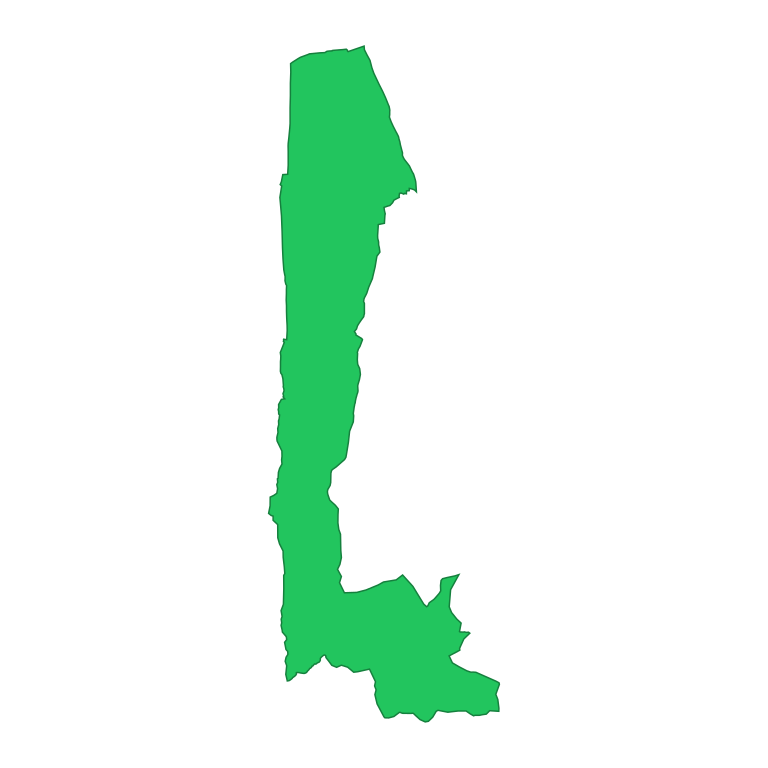 outline of Sambata De Sus, Brasov, Romania
{"feature_id": "2599482B2272627924315", "entity_name": "Sambata De Sus", "entity_type": "district", "adm_level": 2, "iso_a3": "ROU", "parent_name": "Romania", "parent_adm1": "Brasov", "projection": "albers", "projection_center": [24.821, 45.691], "detail": "fine", "context": "isolated", "style": "filled", "palette": "green", "viewbox_px": 768, "rotation_deg": 0, "n_neighbors": 0, "source": "geoboundaries", "source_scale": "gbopen_adm2", "svg_char_len": 6018}
<svg xmlns="http://www.w3.org/2000/svg" viewBox="0 0 768 768"><path d="M498.8,711.3L498.9,708.2L497.8,699.5L495.8,694.3L499.4,684.3L499.0,682.8L495.8,681.1L475.9,672.3L473.1,672.1L470.9,672.2L466.8,670.8L459.1,666.8L452.4,662.9L449.1,655.9L459.8,650.2L459.6,648.3L463.8,639.0L469.8,633.2L468.5,632.2L466.3,632.4L464.4,631.9L463.3,632.1L460.3,632.0L459.5,631.6L461.1,623.1L456.9,619.2L451.6,612.6L449.2,606.8L450.6,589.7L458.9,574.6L454.9,575.9L446.9,577.6L442.6,578.7L441.1,580.4L440.5,585.4L440.7,590.9L439.2,593.4L435.3,597.9L433.8,599.5L429.3,602.7L427.8,605.9L426.7,606.7L423.8,604.2L418.2,595.1L412.9,586.4L402.6,575.0L396.2,579.9L383.5,582.0L378.1,585.0L366.0,590.0L356.8,592.4L344.4,592.8L339.5,582.7L341.4,576.5L337.5,569.3L339.9,564.4L341.4,557.5L340.8,550.5L340.5,534.2L338.8,529.5L337.9,522.9L338.0,514.6L338.3,509.0L335.4,505.3L331.4,501.7L329.7,500.0L327.7,494.1L327.4,491.6L327.8,489.5L330.1,485.5L330.7,482.6L330.9,473.2L331.6,470.4L332.9,469.2L336.2,466.9L344.6,459.5L345.9,457.3L346.4,454.6L348.4,442.3L349.6,431.2L353.3,421.9L353.7,415.8L353.3,413.4L354.2,406.9L354.5,405.7L354.6,404.6L355.2,402.8L355.4,401.1L355.6,400.0L356.1,397.7L356.6,396.1L357.1,394.1L357.4,393.4L357.7,392.5L358.0,390.9L357.9,389.4L357.8,387.6L357.7,385.9L358.0,384.4L359.4,379.7L360.4,374.4L359.7,368.7L357.7,364.3L357.3,359.7L357.6,353.5L357.3,352.4L358.0,350.3L358.4,349.0L360.0,346.3L362.5,339.7L361.8,338.6L355.9,335.0L356.0,334.0L354.4,331.5L356.5,329.0L357.5,325.8L359.0,323.3L360.9,320.5L362.0,319.0L363.7,316.7L364.1,314.5L364.4,313.8L364.4,303.4L363.6,301.5L364.0,298.9L364.8,297.0L365.5,295.8L366.8,293.1L368.7,287.2L372.4,278.6L372.8,276.6L375.1,266.9L376.6,257.9L376.9,256.2L379.9,252.1L379.3,247.6L378.7,245.2L378.6,243.5L378.6,242.1L378.3,240.6L378.0,239.6L377.7,238.3L377.6,235.5L378.2,226.4L378.2,224.7L378.5,224.5L384.4,223.3L384.9,215.5L385.2,213.8L384.5,210.9L384.0,207.4L387.7,206.1L389.9,205.5L392.6,202.7L393.9,200.2L396.8,198.6L399.3,197.4L399.2,196.8L399.1,196.0L399.5,193.4L401.0,193.0L403.8,194.1L404.3,193.4L406.4,193.8L406.5,190.9L409.2,190.7L409.3,188.4L411.2,188.8L412.7,189.2L413.6,189.6L414.5,189.9L416.4,191.8L415.9,183.8L415.7,181.7L415.3,179.9L414.0,175.5L413.5,174.0L412.3,172.0L410.6,168.5L409.5,166.1L408.1,164.2L406.6,162.3L404.6,159.7L404.0,158.8L403.1,157.0L402.4,155.3L402.5,152.9L401.8,150.3L400.4,144.9L399.8,141.7L398.9,138.7L398.6,137.0L398.2,136.0L396.8,133.2L396.1,132.0L393.1,126.1L391.1,121.7L389.4,117.1L389.7,114.6L389.7,111.7L389.8,110.2L389.6,108.9L389.1,106.4L388.5,105.1L385.6,97.9L382.7,91.5L379.0,84.2L373.8,73.2L371.9,67.8L370.0,60.4L367.0,54.9L364.4,49.7L364.1,46.1L348.1,51.6L347.6,51.2L347.4,50.2L346.3,49.2L342.8,49.6L332.8,50.4L332.1,50.6L332.0,50.9L329.4,51.0L326.9,51.3L324.9,52.6L319.3,52.9L309.2,53.9L308.8,54.2L300.4,57.3L298.3,58.5L292.8,62.0L290.6,63.6L290.8,72.2L290.4,83.2L290.4,95.7L290.1,107.9L290.1,123.6L289.8,127.8L288.9,137.3L288.2,143.4L288.1,146.0L288.2,151.5L288.2,165.2L287.7,174.3L282.8,174.6L281.4,181.7L280.2,184.6L281.7,185.9L279.9,197.4L280.8,207.7L281.5,216.0L282.1,231.7L282.5,247.6L283.0,258.7L283.3,263.0L283.8,269.8L284.7,274.7L285.1,276.3L285.1,278.6L285.0,280.7L285.8,284.1L286.6,285.5L286.4,289.4L286.4,293.5L286.2,300.1L286.5,305.8L286.5,311.1L286.7,317.8L287.1,325.2L287.2,330.6L286.7,339.7L283.7,339.2L283.5,339.9L283.7,340.8L283.4,341.5L284.3,342.4L281.4,349.8L280.5,352.0L280.3,352.5L280.8,356.0L280.7,359.3L280.5,361.6L280.5,366.9L280.4,371.3L280.9,373.3L281.9,374.6L282.9,378.7L283.4,385.3L283.2,386.8L283.8,388.7L284.0,390.4L283.9,391.2L283.0,393.7L283.7,396.2L283.1,396.9L284.7,398.8L281.4,399.4L278.6,404.5L278.7,407.6L278.2,409.7L278.6,411.3L278.7,414.0L279.6,414.9L279.1,419.0L278.5,420.9L278.7,424.6L277.7,428.6L278.0,432.5L276.9,437.2L276.9,439.1L277.1,441.0L281.9,451.0L282.0,456.3L281.6,459.9L282.0,464.0L279.6,468.4L278.4,472.4L278.1,478.2L277.4,478.8L277.7,482.4L276.8,484.6L277.6,488.6L276.8,493.3L273.6,495.5L270.2,497.1L270.1,505.8L268.6,513.4L271.2,515.5L273.1,516.1L273.1,520.3L277.7,524.6L277.8,537.8L279.5,543.8L283.1,551.0L283.2,557.3L284.3,566.8L284.8,573.6L283.7,575.4L283.8,588.7L283.4,604.3L281.1,610.6L282.1,616.4L281.2,619.2L281.7,622.8L281.1,625.4L282.2,630.3L282.4,632.1L286.3,636.7L286.7,639.6L284.6,642.3L286.0,649.5L287.7,651.4L287.9,654.4L286.1,657.2L285.2,661.3L286.7,665.7L285.8,674.4L287.3,680.9L287.5,680.8L288.0,680.8L288.8,680.7L289.2,680.6L289.6,680.3L290.2,680.0L290.3,679.9L290.6,679.7L291.7,678.8L292.0,678.6L292.3,678.2L292.6,677.7L293.0,677.4L294.2,676.6L295.4,675.6L295.7,675.3L296.1,674.6L296.2,674.4L296.2,674.2L296.4,674.0L296.4,673.5L296.4,673.1L296.3,672.9L296.4,672.6L296.8,672.5L297.2,672.5L297.4,672.5L298.9,672.6L299.2,672.6L300.1,672.9L301.5,673.1L302.9,673.3L303.6,673.4L304.0,673.4L304.8,673.3L305.1,673.1L305.3,673.1L306.0,672.8L306.6,672.4L306.8,672.1L307.2,671.6L307.5,671.0L307.8,670.8L308.3,670.3L308.5,670.1L308.9,669.7L309.5,668.8L309.8,668.4L310.1,668.3L310.3,668.2L310.6,668.1L310.8,667.9L311.0,667.7L311.6,667.1L311.8,666.4L311.9,666.2L312.0,666.2L312.7,666.0L312.9,665.9L313.4,665.2L313.7,664.9L314.2,664.3L314.6,664.0L314.8,663.9L315.0,664.0L315.4,664.1L316.0,664.0L316.6,663.6L317.2,663.0L317.6,662.7L317.9,662.6L318.4,662.5L318.8,662.3L319.3,662.0L319.8,661.3L320.1,660.7L320.3,660.2L320.3,659.8L320.3,659.2L320.3,658.9L320.4,658.3L320.6,658.0L321.2,657.3L321.8,656.7L322.9,655.8L323.4,655.4L323.6,655.3L324.1,655.1L324.3,655.0L324.5,655.0L324.9,655.1L325.7,655.7L326.0,657.6L328.8,661.2L331.8,665.3L336.6,667.3L341.4,665.2L347.7,667.2L353.7,672.2L357.9,671.7L369.5,669.1L375.5,681.7L374.6,685.9L376.1,689.8L374.9,694.6L377.1,703.9L384.0,716.9L384.9,717.8L388.7,717.9L393.9,716.5L399.2,712.5L400.0,712.3L401.6,713.0L402.8,713.3L411.2,713.4L412.6,713.2L413.4,713.4L415.9,715.8L420.1,719.6L425.2,721.9L428.4,721.3L432.7,717.2L436.2,711.3L438.0,710.3L447.8,712.2L451.1,711.8L458.0,711.0L466.1,711.0L470.3,713.9L473.6,715.8L475.0,715.3L479.4,715.3L482.3,714.7L486.3,714.1L489.7,710.7L498.8,711.3Z" fill="#22c55e" stroke="#15803d" stroke-width="1.5"/></svg>